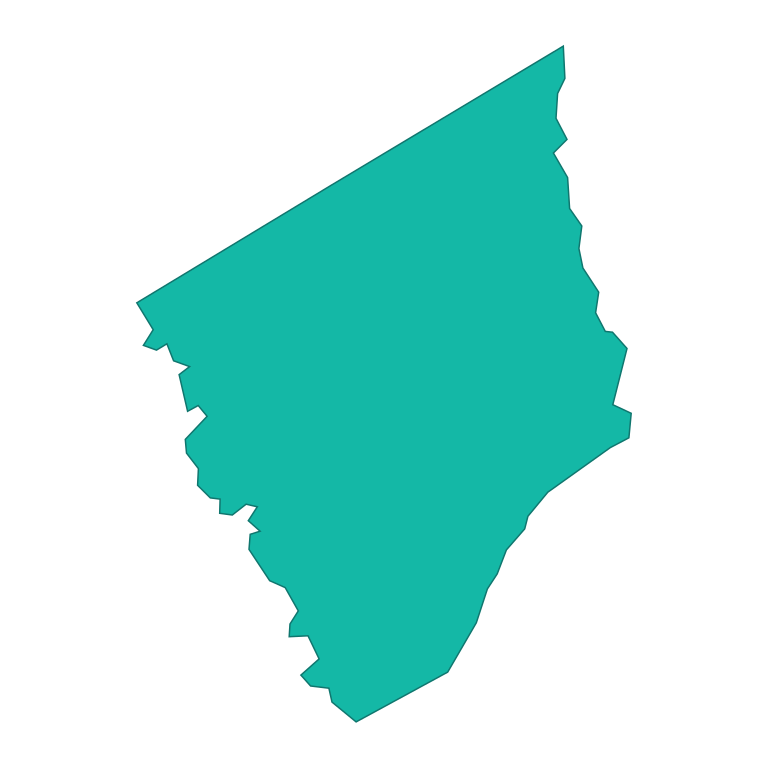 Robertson, Texas, United States of America
{"feature_id": "52423323B69162906436111", "entity_name": "Robertson", "entity_type": "district", "adm_level": 2, "iso_a3": "USA", "parent_name": "United States of America", "parent_adm1": "Texas", "projection": "natural_earth1", "projection_center": [-96.543, 31.026], "detail": "fine", "context": "isolated", "style": "filled", "palette": "teal", "viewbox_px": 768, "rotation_deg": 0, "n_neighbors": 0, "source": "geoboundaries", "source_scale": "gbopen_adm2", "svg_char_len": 933}
<svg xmlns="http://www.w3.org/2000/svg" viewBox="0 0 768 768"><path d="M331.1,185.3L136.8,302.8L153.2,329.7L143.4,345.4L156.5,350.1L166.9,343.8L173.6,360.8L189.6,366.6L179.1,374.6L187.6,411.3L198.2,405.5L207.1,416.3L185.3,439.4L186.5,453.1L198.4,468.6L197.6,485.3L210.3,497.9L220.1,499.1L219.7,513.3L232.3,515.0L246.1,504.2L257.3,506.8L248.3,520.7L260.1,531.2L250.2,534.3L249.0,549.4L269.7,580.7L285.2,587.6L298.3,610.9L290.0,624.0L289.2,636.7L308.0,635.8L319.1,658.9L300.9,675.1L310.6,686.0L328.9,688.2L332.0,702.1L356.1,721.9L447.7,672.1L476.3,622.8L487.4,588.9L497.2,573.9L506.4,549.9L524.7,528.9L527.9,516.3L547.8,492.2L610.3,447.6L628.9,437.8L631.2,413.3L612.8,404.7L627.0,348.5L612.5,332.2L605.3,331.4L595.6,312.8L598.7,292.2L582.9,268.0L578.9,248.5L581.8,226.0L569.6,208.5L567.6,177.6L553.4,153.0L567.0,139.4L556.0,118.3L557.6,93.5L564.9,78.4L563.3,46.1L331.1,185.3Z" fill="#14b8a6" stroke="#0f766e" stroke-width="1.5"/></svg>